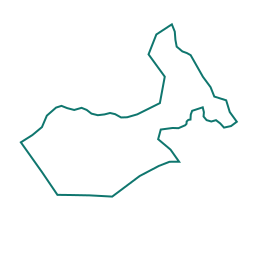 the District of Wakiso, rotated 54°
{"feature_id": "UGA-3091", "entity_name": "Wakiso", "entity_type": "District", "adm_level": 1, "iso_a3": "UGA", "parent_name": "Uganda", "parent_adm1": "", "projection": "mercator", "projection_center": [32.452, 0.206], "detail": "fine", "context": "isolated", "style": "outline", "palette": "teal", "viewbox_px": 256, "rotation_deg": 54, "n_neighbors": 0, "source": "natural_earth", "source_scale": "10m", "svg_char_len": 901}
<svg xmlns="http://www.w3.org/2000/svg" viewBox="0 0 256 256"><g transform="rotate(54 128 128)"><path d="M80.5,68.1L69.0,50.1L69.9,31.6L77.5,33.5L84.5,37.8L90.8,40.8L98.0,39.0L102.0,36.3L105.9,34.5L130.6,37.3L143.5,37.2L153.3,39.7L163.3,32.3L174.9,36.3L186.9,36.3L187.0,43.5L184.1,50.1L178.5,50.7L173.4,52.2L171.7,56.8L167.8,59.8L163.1,60.1L159.8,57.3L155.2,55.4L151.8,66.0L154.0,69.3L157.9,72.5L156.9,74.4L157.2,76.7L159.0,78.2L159.4,80.1L157.8,87.3L154.2,91.9L148.5,102.4L154.8,110.2L170.5,106.3L185.3,106.5L179.7,114.3L176.8,125.4L173.7,146.8L174.2,181.1L159.9,198.7L148.2,214.2L140.6,224.4L113.0,223.5L76.6,223.1L77.5,209.5L76.7,197.1L70.3,186.4L69.2,174.2L71.0,168.8L76.2,165.5L81.8,160.9L84.4,153.7L89.1,150.8L94.9,149.1L99.9,144.9L103.2,139.0L105.3,133.7L109.2,130.3L115.4,127.4L118.8,122.4L122.4,112.5L126.6,87.6L108.1,68.1L80.5,68.1Z" fill="none" stroke="#0f766e" stroke-width="2"/></g></svg>